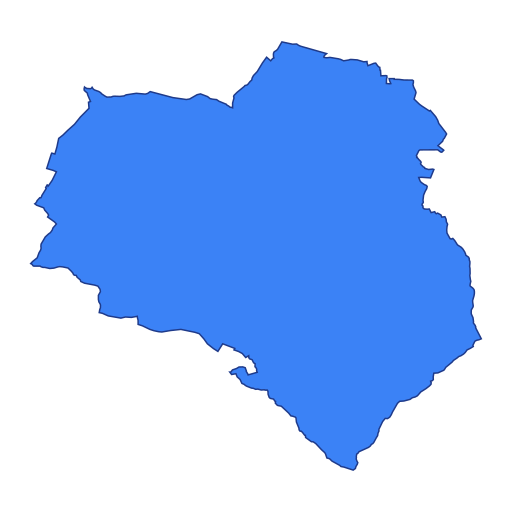 Mesesenii De Jos, Salaj, Romania
{"feature_id": "2599482B79196905607630", "entity_name": "Mesesenii De Jos", "entity_type": "district", "adm_level": 2, "iso_a3": "ROU", "parent_name": "Romania", "parent_adm1": "Salaj", "projection": "robinson", "projection_center": [22.986, 47.138], "detail": "fine", "context": "isolated", "style": "filled", "palette": "blue", "viewbox_px": 512, "rotation_deg": 0, "n_neighbors": 0, "source": "geoboundaries", "source_scale": "gbopen_adm2", "svg_char_len": 5918}
<svg xmlns="http://www.w3.org/2000/svg" viewBox="0 0 512 512"><path d="M392.5,412.0L397.5,403.3L399.7,401.3L403.9,401.0L410.0,399.4L412.4,397.7L415.1,397.0L417.4,395.8L420.8,391.9L426.0,388.6L429.5,385.9L431.0,384.3L431.2,382.6L430.6,381.2L432.4,380.6L433.3,379.6L433.2,376.8L433.8,373.2L437.9,372.9L443.7,370.3L444.4,369.6L445.8,367.3L452.0,362.2L453.5,360.4L457.2,357.9L458.8,356.5L460.8,355.8L463.5,354.1L465.2,352.5L467.1,349.9L470.4,348.3L473.3,346.5L472.9,345.3L474.7,341.6L475.3,340.9L477.3,340.1L478.9,339.8L481.3,338.8L476.1,328.7L475.6,327.7L475.8,327.0L475.1,325.3L473.4,323.0L473.5,321.4L473.0,317.7L471.4,314.2L471.2,313.2L471.3,310.0L473.1,306.8L473.2,305.6L472.7,302.3L472.6,300.6L474.0,295.8L474.4,293.4L474.4,291.6L474.2,290.1L473.8,289.3L472.7,288.0L470.3,286.2L470.0,285.6L470.1,284.4L470.8,281.3L470.4,279.7L469.8,275.5L470.1,273.6L470.0,268.5L469.6,266.3L469.9,263.4L469.9,261.6L469.3,260.0L469.2,258.4L468.5,257.1L465.8,255.2L465.6,254.1L464.7,251.9L463.0,249.2L461.4,247.4L457.5,244.9L454.7,240.5L452.8,238.4L451.6,239.0L450.1,238.7L447.0,233.1L446.7,230.0L447.0,226.7L447.6,224.2L446.4,221.9L446.1,219.2L444.9,216.7L441.8,217.1L440.9,214.9L437.6,213.1L436.2,213.7L435.4,213.0L434.7,211.7L431.1,212.6L429.3,209.0L427.2,209.2L424.3,209.0L422.9,207.7L423.0,206.1L422.0,205.0L422.2,203.9L422.9,203.1L423.3,202.3L423.0,200.2L423.6,195.1L425.2,191.3L426.7,188.7L427.2,186.5L426.5,185.5L424.2,184.5L421.1,182.3L420.0,180.8L418.7,177.5L421.7,177.3L430.5,177.9L433.9,169.5L432.7,169.1L428.6,169.5L424.8,168.4L424.6,167.5L423.3,166.9L420.8,164.4L420.5,163.6L421.0,162.9L421.1,162.2L420.6,161.3L418.7,159.4L417.5,157.9L417.3,158.0L416.7,157.4L416.7,157.1L417.0,156.9L416.4,155.6L418.9,150.6L420.0,149.9L437.7,149.8L440.6,152.0L441.8,152.2L443.8,150.3L443.7,150.1L437.9,145.7L442.6,141.3L443.4,139.2L444.3,138.3L446.6,134.0L445.6,132.3L438.8,123.5L437.7,120.3L435.7,116.7L430.3,110.4L429.4,111.0L421.8,106.0L419.5,104.3L414.1,99.1L416.0,92.7L415.6,91.0L413.7,87.1L413.1,85.1L413.0,84.0L413.4,82.9L413.4,80.8L412.4,80.1L404.0,80.0L399.1,79.4L394.2,79.3L394.2,78.6L389.5,78.6L389.1,78.6L389.5,80.5L390.8,83.6L389.7,83.8L386.4,83.5L386.5,78.8L387.0,77.5L386.8,75.8L385.9,75.6L380.9,75.8L380.5,70.3L380.0,70.2L379.8,67.4L379.3,67.3L377.9,66.1L375.7,63.1L374.0,63.3L367.9,65.7L367.0,62.5L367.0,61.5L363.7,61.8L357.3,59.9L352.0,59.5L350.1,59.5L348.7,60.0L343.6,60.8L340.6,59.4L338.4,58.8L330.0,57.4L326.7,57.8L324.0,57.4L323.9,56.5L324.6,55.3L326.6,53.6L300.9,46.3L298.7,45.4L296.7,44.0L292.6,44.2L281.9,41.9L277.6,49.3L276.3,50.5L274.2,51.8L273.6,53.0L273.4,54.2L273.5,56.7L273.6,57.5L273.9,57.9L272.5,58.7L270.7,60.8L266.6,57.2L262.5,62.9L257.3,71.5L253.5,75.5L252.2,77.9L251.7,80.1L250.1,81.5L247.8,84.4L246.8,85.1L245.0,85.5L244.3,86.4L237.1,92.3L234.0,95.4L233.6,96.7L234.0,97.9L232.6,103.1L232.6,107.8L231.1,107.3L230.2,107.3L228.6,106.0L227.0,105.2L226.4,104.3L218.9,101.2L216.6,99.6L212.8,99.2L210.1,98.6L207.6,96.6L200.5,93.9L197.1,94.7L189.6,99.0L186.3,99.5L172.9,97.6L150.2,91.6L147.7,93.4L145.3,94.1L136.3,93.3L126.4,94.8L125.5,95.1L124.2,95.9L119.9,96.4L114.7,96.2L113.0,96.3L111.1,97.0L106.9,97.1L104.7,95.9L101.5,93.7L100.7,92.7L98.8,91.5L94.4,89.9L93.2,89.0L92.1,87.3L91.5,88.2L90.4,88.7L86.3,88.4L85.6,87.6L85.0,87.6L84.5,87.1L84.1,88.8L84.2,90.2L84.7,90.8L87.4,93.2L87.6,94.6L90.5,101.5L88.5,102.2L89.0,108.3L80.3,117.1L74.5,124.3L67.9,130.2L62.9,135.1L58.7,138.4L56.9,147.0L54.9,154.0L51.8,153.1L51.3,154.0L46.7,168.5L53.2,170.4L56.4,171.8L52.2,180.3L49.2,184.7L48.1,186.1L47.9,185.3L47.2,184.9L46.0,186.9L45.6,187.6L46.2,188.5L41.9,195.4L41.6,196.5L40.8,197.8L39.8,197.7L37.1,200.6L36.7,201.7L35.6,203.2L34.8,203.8L36.6,205.2L43.7,207.8L44.7,210.1L47.6,213.4L48.5,214.9L48.5,215.4L47.6,217.0L54.5,221.9L56.4,224.0L53.0,227.9L52.2,230.1L50.4,232.6L48.6,233.9L45.3,236.9L41.1,244.1L40.9,246.2L41.1,248.3L40.6,250.1L39.0,252.8L37.2,257.8L32.5,261.6L30.7,263.6L32.0,264.3L33.1,265.8L33.8,266.1L40.1,266.1L41.1,266.8L43.0,267.4L44.8,267.4L49.8,268.5L53.9,268.1L57.9,266.9L59.7,266.6L62.7,266.9L68.0,268.0L71.3,271.2L72.9,273.1L73.6,274.7L74.8,275.3L76.3,275.4L77.2,277.4L80.2,279.8L80.8,281.5L84.5,283.2L94.6,285.1L97.9,286.1L100.1,289.4L100.4,291.7L98.4,295.3L98.4,299.5L98.9,301.9L100.3,304.3L100.5,305.4L100.4,307.9L99.8,309.3L99.2,312.6L102.4,313.3L108.2,315.9L120.9,318.1L125.5,317.0L131.4,317.4L137.3,316.3L137.4,317.6L138.1,320.3L138.1,324.4L142.4,325.8L149.9,329.4L153.9,330.7L158.6,331.7L161.8,332.0L170.7,330.5L180.9,329.4L194.9,332.3L199.3,333.7L203.9,338.9L207.4,343.8L213.5,348.6L217.9,351.4L222.7,343.8L234.8,348.4L234.0,349.9L238.6,351.5L242.3,353.5L245.7,357.5L248.7,355.7L248.8,357.6L249.5,358.8L252.1,359.7L253.6,362.8L255.1,363.7L255.0,366.8L255.7,367.3L256.7,369.1L256.6,370.7L257.2,372.3L248.1,374.9L247.8,373.9L246.3,371.5L246.4,371.0L245.2,367.7L242.8,366.9L239.0,367.0L236.5,368.5L232.5,369.9L230.7,372.1L229.8,372.1L231.6,374.5L235.9,373.7L237.2,376.9L240.1,379.5L241.9,383.4L244.2,384.4L245.3,385.4L246.7,386.2L251.5,388.1L253.3,388.3L255.6,389.3L257.8,389.1L261.2,390.0L264.4,389.8L265.0,390.1L267.3,390.1L268.0,391.4L268.1,394.3L269.2,397.4L270.3,398.4L273.6,399.1L274.7,401.0L275.6,401.4L275.3,403.1L277.1,405.1L277.8,405.5L281.3,406.2L288.7,413.1L290.9,415.9L292.7,416.2L295.5,417.2L296.0,418.0L296.4,422.0L298.9,428.1L299.1,429.9L300.1,431.2L301.1,431.1L302.4,432.3L304.6,435.2L305.4,435.3L305.6,437.5L311.4,441.7L313.2,441.8L315.8,443.6L321.5,449.7L324.7,452.6L325.5,453.9L326.9,458.0L329.5,458.7L332.0,461.1L339.8,465.4L340.9,466.5L344.0,467.1L353.2,470.1L355.4,468.5L355.9,466.6L357.3,464.2L357.8,462.6L357.0,461.3L356.2,459.0L356.4,457.5L356.3,456.4L356.7,454.1L357.9,453.3L359.0,451.7L368.5,447.4L370.1,446.2L370.8,445.4L371.2,444.5L372.8,443.6L373.8,442.4L376.4,437.6L377.6,435.7L378.0,433.2L379.0,430.9L378.8,430.2L379.0,429.1L382.6,421.6L385.2,418.4L387.5,418.6L389.7,417.2L391.3,414.7L392.5,412.0Z" fill="#3b82f6" stroke="#1e3a8a" stroke-width="1.5"/></svg>